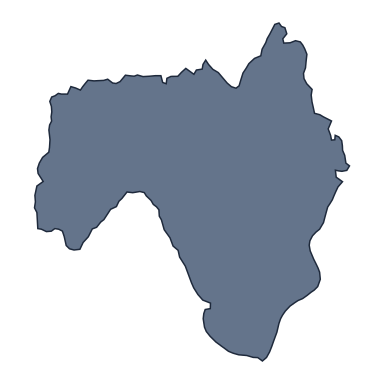 the district of Paulo Frontin, Paraná, Brazil
{"feature_id": "56859067B20198309611893", "entity_name": "Paulo Frontin", "entity_type": "district", "adm_level": 2, "iso_a3": "BRA", "parent_name": "Brazil", "parent_adm1": "Paraná", "projection": "equal_earth", "projection_center": [-50.751, -26.069], "detail": "fine", "context": "isolated", "style": "filled", "palette": "slate", "viewbox_px": 384, "rotation_deg": 0, "n_neighbors": 0, "source": "geoboundaries", "source_scale": "gbopen_adm2", "svg_char_len": 2611}
<svg xmlns="http://www.w3.org/2000/svg" viewBox="0 0 384 384"><path d="M37.5,168.6L38.1,173.5L43.2,181.5L36.9,186.0L34.9,195.4L35.4,201.9L34.5,207.8L36.9,212.5L37.8,228.6L41.4,229.2L46.4,231.6L51.3,231.2L54.8,228.6L58.7,229.2L62.4,231.1L64.2,236.5L66.2,245.5L69.5,248.8L74.0,250.0L79.9,249.3L83.1,242.5L88.3,236.8L92.3,228.9L96.6,227.3L100.7,222.1L103.9,219.6L110.6,209.3L116.4,206.6L118.9,201.3L121.9,198.5L127.0,192.0L132.7,192.7L139.9,191.5L144.3,192.6L146.3,195.9L151.0,200.4L153.3,204.4L156.5,206.8L158.9,209.8L159.3,216.2L161.4,219.8L164.2,229.7L166.4,232.8L170.0,237.8L173.1,246.1L178.1,250.3L179.6,257.1L185.3,266.1L191.5,282.8L193.7,287.8L197.9,294.5L202.8,300.1L210.5,303.1L210.3,308.6L205.2,309.5L203.8,313.6L203.2,318.7L204.5,327.2L206.3,331.5L210.2,336.4L216.0,342.1L228.5,351.3L233.1,353.2L238.7,354.8L246.8,355.5L253.2,357.4L257.8,357.6L262.4,361.0L266.5,357.5L269.6,351.9L271.7,346.6L273.7,340.9L276.9,332.2L278.9,323.6L280.6,318.7L282.5,315.2L285.3,311.1L290.1,306.0L294.9,302.6L298.1,300.5L302.6,298.6L307.1,295.4L311.1,292.2L314.2,290.1L317.7,286.6L320.3,279.3L319.6,272.2L318.1,268.2L316.4,264.6L313.7,259.2L310.2,250.9L309.2,245.2L309.9,240.8L312.5,235.8L316.0,232.1L319.6,229.2L323.5,222.6L324.9,217.2L326.3,212.0L327.7,207.0L329.9,203.7L332.3,199.8L333.9,195.9L335.6,192.0L338.0,186.9L342.5,181.7L336.2,177.2L335.4,170.2L338.7,170.9L341.9,171.3L346.8,170.4L349.5,165.9L345.9,163.1L344.7,155.3L342.6,150.4L342.4,145.8L341.7,140.7L338.8,136.9L335.2,135.3L334.8,139.8L331.5,140.1L330.6,135.4L328.2,128.9L331.5,121.0L323.3,116.8L319.8,114.7L314.5,113.3L313.3,107.6L312.0,101.9L311.2,95.1L312.1,89.4L306.7,83.7L304.0,78.6L303.5,73.3L305.5,67.9L306.1,61.3L306.9,54.3L304.7,48.8L302.7,45.0L300.3,41.9L295.5,40.7L290.1,42.8L283.8,43.1L282.8,38.8L286.8,33.8L284.9,27.7L281.5,26.5L279.0,23.0L274.8,24.4L269.8,34.1L267.2,38.6L265.8,42.6L262.1,49.2L260.8,55.8L254.5,58.4L248.9,63.6L246.2,68.2L243.0,73.0L240.9,79.7L239.1,85.8L236.0,88.2L231.4,86.7L227.2,83.1L218.3,72.6L212.8,69.3L208.5,64.4L205.7,60.1L203.0,64.4L202.2,69.1L196.4,70.0L193.9,74.3L185.8,68.4L181.4,72.4L177.8,76.3L171.0,76.4L166.9,78.3L166.2,83.7L162.7,82.5L160.9,75.7L155.3,75.7L149.9,76.2L143.0,76.6L137.4,75.0L134.2,76.2L130.9,75.9L125.4,75.2L120.1,81.6L116.1,83.5L112.6,83.0L107.7,79.2L103.7,80.4L97.4,80.7L94.0,80.9L88.0,80.2L85.4,83.3L82.7,86.7L80.4,90.1L75.6,88.0L70.9,86.6L67.5,94.1L61.5,94.1L58.3,93.4L55.0,95.8L51.7,97.0L49.8,101.4L51.4,106.4L51.8,111.9L51.1,116.8L51.6,121.1L49.6,125.0L48.9,130.0L50.0,139.7L49.5,147.5L48.8,152.2L42.6,157.4L39.3,163.1L37.5,168.6Z" fill="#64748b" stroke="#1e293b" stroke-width="1.5"/></svg>